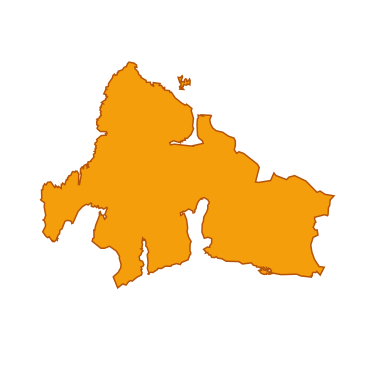 Vindafjord nor, Rogaland, Norway (Albers equal-area conic projection), rotated 14°
{"feature_id": "86288312B43548013531547", "entity_name": "Vindafjord nor", "entity_type": "district", "adm_level": 2, "iso_a3": "NOR", "parent_name": "Norway", "parent_adm1": "Rogaland", "projection": "albers", "projection_center": [5.868, 59.547], "detail": "fine", "context": "isolated", "style": "filled", "palette": "amber", "viewbox_px": 384, "rotation_deg": 14, "n_neighbors": 0, "source": "geoboundaries", "source_scale": "gbopen_adm2", "svg_char_len": 5940}
<svg xmlns="http://www.w3.org/2000/svg" viewBox="0 0 384 384"><g transform="rotate(14 192 192)"><path d="M143.1,303.0L147.0,298.0L150.6,298.2L152.1,294.4L153.9,292.8L155.6,292.9L159.0,288.2L163.1,284.6L163.1,282.6L161.3,279.8L162.1,279.0L160.6,277.0L162.3,276.1L162.9,274.2L160.8,271.3L157.7,270.8L156.3,267.2L157.7,265.0L157.7,262.9L158.8,260.9L156.1,259.6L157.4,258.8L156.9,258.1L156.6,254.3L155.7,253.4L155.3,248.6L156.9,250.0L157.6,248.7L157.2,250.5L158.3,249.9L159.5,251.9L160.3,255.7L161.9,256.6L164.5,260.7L163.7,263.6L166.4,270.9L167.2,277.1L169.7,280.8L169.1,282.1L169.6,282.4L170.2,282.1L169.9,280.9L171.3,279.9L173.6,279.5L177.2,275.6L177.3,274.4L180.9,273.6L184.0,270.4L189.5,269.2L190.0,267.8L194.3,265.2L198.2,265.2L199.0,262.8L204.6,258.7L205.1,253.3L205.7,253.0L205.5,251.1L204.5,250.2L203.5,246.7L202.8,243.2L203.1,240.2L199.8,236.9L196.7,231.5L196.5,228.0L193.5,220.3L189.5,214.6L188.4,214.7L188.1,216.1L186.7,217.5L185.7,215.1L188.5,212.6L189.7,212.6L193.0,209.2L197.1,210.2L198.2,212.1L199.2,211.5L199.6,210.0L199.0,208.6L199.9,207.3L199.7,204.5L200.4,199.7L201.8,197.1L203.3,196.4L202.6,196.1L205.2,194.5L209.2,195.7L211.4,198.1L210.5,201.2L211.3,203.9L211.2,207.0L209.5,213.5L210.1,217.9L209.7,220.7L211.3,228.4L215.1,233.9L218.5,232.0L222.4,232.5L223.4,237.0L222.3,239.6L222.6,241.4L220.2,241.7L217.1,244.8L220.1,246.9L219.9,248.0L221.8,247.0L223.7,249.0L225.3,248.7L226.8,250.6L229.8,250.2L231.1,248.8L233.0,250.0L237.2,249.5L241.8,250.9L254.3,248.2L258.4,249.6L266.7,246.4L269.4,248.3L272.5,248.1L272.8,249.1L277.6,248.3L278.2,249.4L276.9,250.3L278.2,251.3L275.8,252.1L279.0,254.2L281.9,254.5L284.1,253.8L284.3,252.8L286.5,253.3L288.6,252.2L282.6,249.9L280.9,250.4L279.1,249.4L279.8,248.5L279.0,247.2L282.3,249.3L284.1,249.1L283.1,247.7L285.2,248.7L284.9,247.4L287.0,248.0L288.1,249.3L287.2,250.2L289.1,251.2L298.5,250.6L313.5,246.4L318.1,247.1L328.4,245.7L327.9,244.4L328.9,244.2L328.5,241.6L329.1,240.6L331.6,240.2L332.3,238.9L336.5,241.6L338.5,233.0L333.4,233.6L327.2,227.8L322.9,221.4L320.0,214.6L320.5,206.8L324.6,203.3L322.6,198.5L320.8,199.2L318.1,196.8L318.8,193.3L318.3,192.8L319.5,191.3L317.8,189.3L317.1,186.9L326.2,181.9L329.0,182.3L329.5,181.3L328.2,174.3L328.8,171.7L328.0,166.4L330.7,161.4L321.8,162.1L316.0,160.1L313.4,162.1L299.8,153.8L287.6,151.3L282.5,154.1L280.8,157.1L269.3,155.7L266.9,153.7L265.5,161.9L254.2,166.6L251.2,166.9L251.3,151.9L248.6,149.2L232.8,142.1L227.8,141.6L225.9,143.7L222.8,140.8L222.8,136.2L221.7,132.0L219.6,129.5L213.9,129.0L207.4,126.6L200.4,126.7L196.4,124.7L193.5,121.4L191.7,117.5L192.3,113.2L191.7,113.1L182.8,114.8L184.1,115.6L179.3,115.9L180.2,118.2L179.6,120.0L180.6,125.5L183.6,135.6L185.7,138.1L189.6,139.8L191.1,142.1L181.8,146.8L182.6,146.9L182.3,147.3L163.1,149.9L159.8,151.4L158.4,149.6L161.4,146.8L167.8,146.9L168.4,145.8L169.0,146.6L169.0,145.4L170.6,145.4L170.3,144.2L173.0,143.3L172.1,141.7L174.4,141.1L177.2,136.2L178.2,130.1L176.7,128.2L175.6,120.2L171.5,113.2L171.8,111.1L165.5,108.1L164.6,109.4L160.1,108.1L152.8,104.7L147.8,100.1L146.5,100.7L145.6,99.1L141.0,99.7L139.8,98.9L140.5,98.0L140.1,97.1L138.5,98.2L136.7,96.0L134.3,96.5L134.8,94.5L128.0,95.2L128.3,96.0L127.9,97.0L129.7,98.9L126.2,97.7L125.0,95.6L121.2,96.6L120.4,94.8L114.8,93.2L114.5,91.9L112.2,91.1L110.3,88.2L106.9,86.2L106.3,84.5L108.3,84.4L107.4,82.2L104.6,81.0L99.5,81.2L98.4,83.0L98.0,86.1L96.0,87.4L94.9,90.3L91.2,92.7L91.7,93.3L90.7,94.5L91.0,96.3L89.7,97.3L88.1,96.4L87.1,98.2L87.2,100.3L84.8,106.8L85.2,109.9L83.1,111.0L83.6,113.2L84.3,113.2L83.5,114.0L82.7,118.2L85.1,118.2L85.1,119.6L85.7,119.9L87.5,119.6L86.2,120.2L86.6,120.8L85.6,122.2L86.0,123.2L82.5,127.0L84.6,127.9L83.4,128.4L82.9,130.9L83.4,131.4L82.3,132.2L83.0,133.3L82.9,134.8L84.5,136.0L84.0,137.2L85.4,139.5L84.7,139.9L84.9,141.1L84.1,141.5L83.9,143.0L82.1,144.5L83.2,145.1L82.4,146.4L83.4,149.9L85.1,150.1L84.4,153.0L85.2,153.9L88.6,155.5L94.3,154.1L95.4,155.7L93.9,156.2L94.9,157.7L90.4,159.1L86.8,164.1L87.6,165.2L87.3,166.8L86.3,167.5L86.1,169.3L87.9,170.3L87.6,171.2L88.4,172.8L87.5,173.2L88.2,175.5L87.4,176.3L88.6,176.6L88.6,177.8L87.3,179.2L88.4,181.9L86.2,186.1L86.6,186.7L83.8,188.1L84.9,192.0L85.8,192.7L84.4,194.0L84.1,191.8L83.5,191.9L83.5,190.1L80.8,192.4L81.0,196.3L80.1,194.0L79.3,194.2L78.3,196.4L79.0,200.2L79.6,200.2L79.4,201.4L80.4,201.6L81.0,212.1L80.1,212.3L77.8,202.2L75.4,199.6L73.9,199.9L73.7,201.1L71.6,200.9L70.9,201.8L70.3,205.3L68.7,205.9L68.7,207.5L67.8,207.9L68.4,210.1L67.1,210.3L66.8,215.6L64.3,214.7L64.0,216.3L63.4,216.3L64.2,220.2L61.0,218.9L60.6,220.1L58.0,218.6L58.3,220.4L57.7,220.9L52.5,216.4L49.6,217.5L48.7,220.4L47.1,219.7L46.2,222.3L46.6,226.0L45.5,226.4L47.8,234.5L47.0,236.2L51.6,238.2L52.2,242.3L55.7,250.0L55.4,254.0L54.3,255.2L56.0,256.0L57.8,259.1L58.1,260.8L56.8,266.6L57.2,267.1L60.9,270.3L63.2,271.2L64.1,269.9L68.4,273.6L68.8,272.8L70.1,273.7L71.8,271.7L71.9,270.4L72.9,271.1L72.6,269.9L73.1,269.5L72.1,268.7L72.8,265.5L73.6,264.7L73.1,261.0L74.8,259.2L75.7,251.5L77.1,250.0L80.4,249.4L82.0,249.7L83.0,251.7L84.0,251.0L86.2,238.3L89.2,232.7L92.4,229.5L94.4,229.7L96.5,227.2L97.4,227.4L97.6,230.0L98.7,230.4L100.3,230.2L100.9,228.9L103.3,230.1L103.8,229.4L103.6,228.3L104.2,228.0L105.7,230.4L108.1,229.1L110.4,230.0L113.1,227.4L113.7,228.0L112.9,234.7L115.1,236.8L113.8,239.6L112.0,237.3L111.9,235.8L109.8,236.4L107.6,233.2L107.0,234.2L107.9,237.2L106.6,247.7L106.9,252.8L106.0,252.7L108.0,260.0L107.0,261.3L107.0,263.9L117.1,268.6L120.6,267.8L125.1,264.6L132.9,267.6L137.2,271.9L137.4,273.7L140.7,279.4L141.2,282.9L139.8,287.9L136.1,293.4L143.1,303.0ZM155.0,82.5L154.3,81.6L153.0,83.8L150.8,84.1L153.4,88.3L154.5,86.9L154.4,89.0L155.0,89.0L155.5,91.2L154.4,92.9L155.2,94.3L156.2,93.9L155.6,95.1L159.0,94.5L156.5,92.8L158.0,92.0L157.9,89.8L161.0,89.6L161.4,88.2L164.0,88.6L163.3,84.5L162.3,83.0L161.1,85.8L160.3,86.2L159.4,83.9L158.3,83.8L157.6,85.4L158.0,87.3L155.1,87.1L154.5,86.5L155.0,82.5Z" fill="#f59e0b" stroke="#b45309" stroke-width="1.5"/></g></svg>